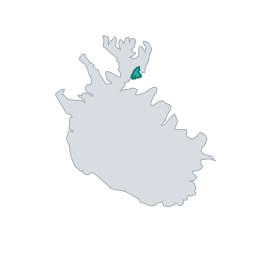 Kaldrananeshreppur, Vestfirðir, Iceland (highlighted), rotated 62°
{"feature_id": "244011B77106600698129", "entity_name": "Kaldrananeshreppur", "entity_type": "district", "adm_level": 2, "iso_a3": "ISL", "parent_name": "Iceland", "parent_adm1": "Vestfirðir", "projection": "orthographic", "projection_center": [-21.462, 65.822], "detail": "fine", "context": "in_parent", "style": "filled", "palette": "teal", "viewbox_px": 256, "rotation_deg": 62, "n_neighbors": 0, "source": "geoboundaries", "source_scale": "gbopen_adm2", "svg_char_len": 5912}
<svg xmlns="http://www.w3.org/2000/svg" viewBox="0 0 256 256"><g transform="rotate(62 128 128)"><path d="M183.0,74.2L184.9,74.2L187.8,72.5L191.8,67.9L193.6,66.9L197.8,66.4L193.1,70.9L191.6,75.4L190.4,77.7L190.5,78.6L194.4,80.9L196.1,79.8L196.9,80.1L197.7,81.3L198.5,83.7L198.4,86.2L197.6,88.9L196.4,91.2L196.7,91.9L197.9,92.1L203.8,90.1L204.9,93.2L205.5,94.2L205.5,95.3L203.4,98.9L206.1,96.4L208.2,95.6L212.2,96.2L214.0,97.2L215.2,99.3L217.0,98.3L218.0,99.5L218.2,100.8L217.8,104.4L215.7,106.5L217.4,108.9L218.6,108.8L218.9,109.4L218.9,111.0L217.4,113.0L220.6,114.6L221.0,115.3L221.1,117.6L220.8,119.0L220.0,119.9L217.9,120.3L216.7,121.3L217.3,122.6L217.3,126.6L216.0,130.0L214.6,131.8L213.2,133.1L208.7,132.4L209.2,135.1L207.8,137.0L208.3,138.4L208.9,139.0L208.8,140.9L207.2,144.8L205.9,146.2L203.3,148.0L199.5,151.8L195.4,152.2L185.7,158.0L181.9,161.0L175.3,169.6L172.4,171.9L167.2,173.3L151.6,179.5L150.0,182.7L150.0,183.4L150.8,184.6L149.7,186.9L147.3,188.6L146.2,188.6L144.2,187.4L143.9,188.1L144.8,189.7L137.1,192.8L126.1,191.8L116.4,188.2L108.8,187.6L103.3,182.3L103.2,181.5L103.7,179.8L105.6,179.1L104.7,177.5L101.5,180.4L100.4,180.3L99.1,179.2L99.0,178.1L96.3,177.7L91.6,174.3L91.3,173.5L92.4,172.4L92.2,172.2L89.7,172.3L86.0,175.5L64.4,176.5L63.7,174.9L62.9,168.7L63.7,166.1L64.6,166.4L67.0,169.9L72.8,168.0L75.2,166.8L77.4,163.4L78.6,162.3L80.4,158.1L82.1,155.5L85.8,154.3L82.5,153.5L77.1,156.9L75.3,156.9L76.2,155.4L78.0,153.7L76.8,153.6L76.3,152.8L76.3,151.2L77.2,148.7L83.5,144.2L82.1,143.3L77.7,146.7L74.5,147.9L71.9,146.3L70.7,144.1L70.8,143.2L72.3,140.5L72.1,140.0L71.1,139.7L68.3,137.1L63.9,137.3L53.1,135.6L44.8,138.8L42.8,137.1L41.4,133.6L41.7,132.3L43.2,131.5L47.2,131.8L53.1,130.4L55.9,128.4L56.9,129.0L57.4,129.9L61.0,128.5L63.0,126.8L66.2,127.7L78.4,126.9L80.0,124.6L80.6,121.8L80.3,121.2L75.9,123.8L74.9,123.7L69.7,122.3L67.9,120.7L68.5,119.5L71.3,116.9L78.2,112.6L79.2,111.7L79.3,110.6L76.6,108.7L71.4,109.2L70.1,107.0L65.9,105.6L63.0,106.3L61.5,105.0L44.4,111.5L39.0,108.0L35.2,107.3L34.9,106.3L37.3,103.3L38.9,102.8L40.4,103.1L43.3,105.4L45.3,106.2L42.9,102.9L42.9,99.9L42.1,99.0L41.4,97.0L41.8,96.3L44.8,96.9L49.6,100.6L52.0,100.0L55.2,97.9L48.3,96.4L46.2,93.5L47.8,92.1L51.4,92.4L47.5,87.5L47.4,86.7L48.1,84.6L53.1,86.6L50.6,83.7L50.5,83.1L51.3,82.6L51.7,80.8L53.0,80.2L55.5,80.9L59.3,84.3L59.9,85.2L59.9,88.5L61.5,88.0L63.3,88.5L64.9,86.3L65.9,86.9L66.7,88.9L66.5,93.3L67.6,91.8L69.5,91.7L69.8,88.1L69.5,85.1L63.6,81.6L61.3,79.1L61.6,78.3L62.8,77.6L69.0,77.1L66.4,75.6L65.7,74.1L61.1,74.6L58.7,73.9L58.7,73.2L59.6,72.1L62.5,69.9L67.9,69.8L70.1,70.4L74.2,75.5L77.5,77.6L83.1,84.4L86.7,87.1L86.9,87.7L86.3,88.5L84.9,89.4L87.0,90.6L88.3,92.4L88.4,93.2L87.3,98.6L85.9,100.4L82.5,99.4L83.3,101.1L85.7,103.0L86.3,104.0L85.9,105.1L87.1,104.7L87.4,105.3L86.9,108.4L86.3,109.6L88.3,110.2L89.7,111.8L91.5,118.0L92.4,113.2L92.8,111.4L93.7,110.8L94.6,105.8L96.9,102.9L99.0,101.8L101.2,105.2L102.8,105.5L104.3,99.4L104.5,95.0L103.9,90.1L104.1,86.6L105.1,84.5L106.5,83.8L109.6,85.8L112.2,90.6L116.1,95.8L118.8,97.1L119.3,96.9L119.7,95.1L119.1,88.2L120.2,84.5L123.3,83.4L127.8,79.9L128.9,79.7L131.3,81.6L135.8,88.4L138.9,91.5L140.7,96.6L141.4,97.5L142.0,95.8L142.0,93.5L137.8,83.0L137.7,81.6L138.0,80.4L144.4,80.6L145.9,81.7L150.8,87.5L152.8,84.9L156.7,77.4L158.2,77.5L162.1,80.2L163.5,79.8L167.7,76.9L168.3,73.4L165.9,66.7L166.6,65.3L170.4,63.3L174.7,63.2L179.7,69.2L180.2,72.1L183.0,74.2Z" fill="#d9dde1" stroke="#a8b0b8" stroke-width="1"/><path d="M79.0,89.6L79.1,89.8L79.3,90.2L79.4,90.6L79.4,90.8L79.4,91.0L79.4,91.3L79.3,91.6L79.3,91.8L79.2,91.9L79.2,92.0L79.1,92.4L79.2,92.5L79.3,92.7L79.2,92.7L79.3,92.8L79.3,93.0L79.5,93.2L79.5,93.3L79.6,93.5L79.8,93.7L79.9,93.9L79.9,94.0L80.0,94.2L80.0,94.3L80.1,94.6L80.3,94.9L80.2,95.0L80.3,95.1L80.4,95.3L80.5,95.3L80.5,95.5L80.4,95.5L80.5,95.6L80.5,95.9L80.5,96.0L80.4,96.1L80.5,96.3L80.5,96.5L80.8,96.7L81.1,96.7L81.2,96.8L81.3,96.9L81.2,96.9L81.2,97.0L81.4,97.1L81.5,97.1L81.5,97.3L81.5,97.5L81.8,97.5L82.0,97.7L82.1,97.8L82.3,97.9L82.4,98.0L82.4,98.3L82.5,98.4L82.5,98.5L82.7,98.8L82.7,99.0L83.0,99.4L83.0,99.5L83.0,99.4L83.1,99.5L83.3,99.7L83.3,99.8L83.4,100.0L83.5,100.0L83.5,100.3L83.7,100.5L83.8,100.5L84.0,100.4L84.2,100.6L84.3,100.6L84.5,100.6L84.8,100.8L85.0,100.7L85.0,100.8L85.1,100.7L85.2,100.8L85.2,100.7L85.3,100.7L85.4,100.8L85.5,100.7L85.6,100.8L86.1,100.8L86.3,100.7L86.4,100.3L86.5,100.3L86.7,100.2L86.8,99.9L87.0,99.7L87.1,99.4L87.3,99.3L87.6,99.2L87.8,98.9L87.9,98.7L87.6,98.5L87.6,98.4L87.4,98.4L87.2,98.3L87.0,98.2L86.9,98.2L86.9,97.9L86.7,97.7L86.8,97.7L86.7,97.6L86.7,97.8L86.4,97.8L86.5,97.9L86.3,98.0L86.2,98.0L86.2,97.9L86.0,98.0L86.0,97.9L85.9,97.9L85.8,97.7L85.7,97.7L85.8,97.5L85.8,97.4L86.0,97.4L86.2,97.2L86.4,97.2L86.5,97.2L86.9,97.1L87.0,97.0L87.3,97.0L87.4,96.9L87.6,96.7L87.8,96.5L87.8,96.4L88.0,96.2L88.2,95.9L88.3,95.7L88.2,95.7L88.3,95.7L88.3,95.4L88.4,95.1L88.5,95.1L88.7,94.9L88.7,94.7L88.6,94.4L88.7,94.2L88.8,94.0L88.9,93.9L88.7,93.7L88.4,93.5L88.3,93.4L88.2,93.4L88.1,93.2L88.4,93.1L88.5,92.9L88.8,92.5L88.8,92.4L88.8,92.1L88.4,92.1L88.1,92.1L87.7,92.1L87.1,92.3L86.9,92.6L86.4,92.4L86.1,92.4L86.0,92.2L85.9,92.2L85.7,92.2L85.6,92.3L85.2,92.3L84.6,92.4L84.5,92.2L84.4,92.1L84.4,91.8L84.1,92.4L83.8,92.6L83.5,92.8L83.3,92.8L83.3,92.7L83.2,92.6L83.1,92.4L82.7,92.3L82.6,92.2L82.6,91.7L82.4,91.4L82.4,91.2L82.4,90.8L82.4,90.6L81.8,90.7L81.4,90.7L81.2,90.4L80.9,90.3L80.7,90.0L80.6,89.8L80.3,89.8L79.9,89.8L79.4,89.5L79.2,89.6L79.0,89.6ZM87.0,100.8L86.9,100.9L86.7,101.0L86.9,101.1L87.0,100.9L87.0,100.8ZM85.9,97.7L86.0,97.6L85.9,97.6L85.9,97.7ZM86.7,97.6L86.8,97.5L86.7,97.5L86.7,97.6ZM86.6,97.8L86.7,97.7L86.6,97.8ZM86.2,97.5L86.2,97.4L86.2,97.5L86.2,97.5ZM88.8,95.0L88.9,94.9L88.8,95.0L88.8,95.0ZM86.1,97.5L86.2,97.4L86.1,97.5ZM86.3,97.9L86.5,97.8L86.3,97.9L86.3,97.9ZM86.3,97.5L86.3,97.4L86.3,97.5ZM89.4,94.3L89.4,94.2L89.4,94.3L89.4,94.3Z" fill="#14b8a6" stroke="#0f766e" stroke-width="1.5"/></g></svg>